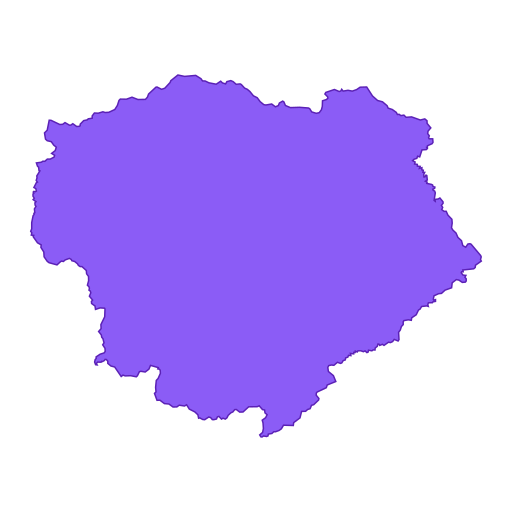 San Sebastián De Mariquita, Tolima, Colombia (orthographic projection)
{"feature_id": "7082276B37284243870531", "entity_name": "San Sebastián De Mariquita", "entity_type": "district", "adm_level": 2, "iso_a3": "COL", "parent_name": "Colombia", "parent_adm1": "Tolima", "projection": "orthographic", "projection_center": [-74.901, 5.227], "detail": "fine", "context": "isolated", "style": "filled", "palette": "violet", "viewbox_px": 512, "rotation_deg": 0, "n_neighbors": 0, "source": "geoboundaries", "source_scale": "gbopen_adm2", "svg_char_len": 5963}
<svg xmlns="http://www.w3.org/2000/svg" viewBox="0 0 512 512"><path d="M49.2,120.2L47.2,130.2L44.5,132.9L45.5,139.1L47.2,140.7L51.3,141.7L53.7,145.1L56.3,147.2L55.2,150.6L51.6,153.4L54.6,155.3L54.1,157.1L50.2,159.1L47.3,159.1L44.8,161.3L42.8,161.2L41.4,162.2L36.4,162.9L37.5,166.2L38.6,167.2L39.0,170.6L39.9,170.9L36.8,175.9L37.0,177.9L36.2,180.4L37.4,182.1L36.4,182.6L33.9,187.5L35.8,188.6L36.4,191.1L35.3,191.7L33.8,191.4L33.2,192.1L33.8,193.3L33.0,194.0L33.0,196.2L34.3,198.2L33.1,199.6L36.0,201.7L34.9,202.9L35.1,205.1L36.0,206.4L34.4,208.9L34.8,212.7L33.9,213.3L34.1,214.4L33.1,215.7L31.7,222.6L31.7,228.9L30.7,231.3L31.8,232.8L31.3,235.1L33.7,235.4L33.2,236.7L37.5,242.8L41.2,244.9L40.9,247.4L43.8,252.0L44.1,256.8L47.2,261.3L49.0,262.7L57.0,264.9L60.6,261.6L61.6,261.1L63.4,261.5L65.2,259.9L69.4,258.4L71.3,259.5L71.8,260.7L74.7,261.5L77.5,263.8L78.4,265.4L80.2,266.6L82.0,266.6L86.3,270.5L86.6,273.8L88.5,276.4L88.6,280.8L87.4,285.2L88.9,286.7L89.4,288.1L89.0,290.2L90.3,291.1L90.8,292.8L89.4,296.2L92.6,300.1L91.4,301.4L91.6,303.5L95.0,306.0L95.5,309.4L100.1,307.9L104.6,308.2L105.0,309.1L104.7,316.8L100.9,324.6L101.1,328.6L98.6,331.5L101.3,334.9L101.7,337.2L102.9,338.6L104.0,342.8L102.7,344.8L105.0,348.3L105.2,351.4L104.1,352.9L100.1,354.2L96.1,356.9L96.2,358.5L95.2,359.5L94.6,362.0L95.6,364.7L97.1,364.9L96.3,363.5L97.7,362.1L101.1,362.2L101.5,361.4L102.4,361.6L104.4,360.5L105.1,359.4L106.3,359.5L107.8,361.2L107.8,363.4L110.9,366.0L114.7,367.0L121.2,376.5L123.0,375.1L125.1,375.9L130.7,375.7L136.3,376.8L137.4,375.8L139.4,371.7L140.9,371.3L145.2,372.0L148.9,369.2L150.5,365.4L158.3,367.6L157.8,368.9L159.4,369.2L160.2,370.3L160.4,373.3L158.1,378.5L156.3,380.4L155.6,387.4L156.0,391.9L154.5,393.4L157.0,400.3L159.9,400.2L164.4,403.6L168.9,404.0L173.0,407.0L176.9,406.9L179.2,405.2L184.5,406.0L186.6,404.8L189.3,409.1L194.8,411.9L197.9,414.8L198.6,418.2L199.8,417.9L202.7,419.5L204.7,419.7L208.8,417.0L210.6,417.6L212.3,419.6L213.8,419.7L216.5,419.0L217.4,416.9L218.9,416.4L221.5,419.1L223.0,418.2L225.3,419.1L226.9,417.9L228.2,415.3L230.9,412.8L232.9,411.9L234.7,409.6L236.3,409.5L239.7,412.1L243.0,412.0L248.7,406.8L257.2,406.7L259.2,405.8L262.5,409.6L264.6,410.0L265.0,412.9L267.1,414.7L265.6,417.7L262.2,420.2L263.0,422.8L263.4,428.5L262.6,432.4L259.7,434.9L260.8,436.8L262.0,437.0L263.6,436.0L266.6,436.5L268.0,435.9L268.3,434.1L271.9,433.5L273.8,431.7L275.4,431.8L279.0,430.5L281.4,428.8L283.5,425.2L293.3,425.5L293.7,422.6L300.0,417.9L301.6,411.4L305.6,411.3L307.6,409.5L310.1,408.7L311.5,405.3L313.7,404.7L318.6,400.0L318.9,398.5L316.2,395.2L316.3,393.1L317.2,392.0L326.3,387.7L327.2,385.0L335.8,381.5L333.4,375.6L328.4,371.5L327.8,367.4L328.7,365.6L331.4,365.0L333.9,365.3L337.4,362.3L340.5,363.4L341.8,362.9L343.2,360.6L345.3,359.9L345.6,357.9L347.8,357.2L348.5,355.4L350.9,355.6L350.4,353.4L353.7,353.9L353.8,352.4L355.1,352.5L355.3,351.1L357.2,352.0L358.0,350.8L360.9,350.8L363.4,351.7L365.0,350.9L366.9,352.6L368.1,352.1L368.5,350.2L371.9,350.8L373.2,349.9L375.0,350.0L375.2,348.0L377.3,346.3L378.0,344.0L379.2,344.3L379.7,345.4L382.4,344.3L384.0,345.4L388.5,342.2L390.4,342.6L392.6,341.6L394.2,339.4L398.1,341.0L399.0,339.6L398.6,332.3L400.3,330.0L401.4,326.5L403.2,324.6L403.2,321.8L403.9,320.6L408.3,319.8L411.3,320.3L411.7,317.8L416.2,314.8L418.5,310.0L420.0,309.2L421.6,306.5L426.8,305.9L428.3,306.4L427.8,304.7L428.4,302.8L432.4,302.7L433.0,301.8L435.5,301.4L435.5,299.6L433.8,300.1L433.3,299.3L434.0,295.8L438.6,293.7L441.5,293.4L445.1,290.1L451.6,287.8L452.2,282.8L456.3,279.6L458.9,280.1L462.3,282.4L465.4,282.1L466.2,281.0L466.2,278.8L464.9,277.2L465.9,275.4L463.1,275.1L461.2,272.8L461.6,271.8L463.2,271.8L462.8,270.0L473.7,268.8L475.2,267.5L475.5,265.2L481.3,261.1L480.5,259.6L481.2,256.9L480.7,255.6L471.1,244.2L469.9,243.7L467.9,244.0L465.7,247.2L462.8,245.6L461.5,240.7L457.9,237.4L456.0,233.0L452.9,230.1L451.5,227.8L452.2,223.1L451.9,219.3L447.9,215.1L446.2,211.3L444.0,211.3L441.7,209.6L442.7,207.4L441.4,205.4L443.1,203.2L443.0,201.8L439.9,198.0L438.1,199.0L435.0,199.4L435.2,201.2L434.1,200.4L435.3,192.9L434.7,191.1L433.2,190.3L432.8,189.2L434.6,188.4L434.9,187.1L433.0,186.5L432.6,185.0L431.5,184.4L426.8,183.4L427.1,182.1L425.4,181.2L427.3,180.0L426.8,175.5L426.0,175.1L424.9,176.9L423.9,176.9L423.8,174.1L424.7,172.4L422.9,172.3L423.3,170.2L421.8,169.8L421.9,167.7L419.4,168.4L420.2,166.4L417.4,166.2L417.3,164.4L414.6,164.0L415.1,162.0L412.6,160.7L414.1,159.2L416.8,158.4L417.6,156.2L419.7,156.9L422.0,149.9L426.3,149.6L427.4,148.5L426.7,147.4L427.4,147.3L427.4,145.8L432.1,143.7L433.0,142.3L432.7,138.8L429.2,138.8L428.6,137.8L429.3,135.8L427.7,133.6L428.0,131.2L430.8,127.9L427.1,123.4L427.0,120.7L424.8,118.9L420.3,120.0L411.6,116.9L406.1,117.3L403.9,115.1L400.9,115.6L399.1,114.3L397.4,114.5L396.3,112.4L392.3,109.5L388.1,108.1L387.1,105.7L382.5,101.8L377.6,100.5L372.5,96.0L366.7,87.0L360.1,87.2L356.6,89.6L352.3,91.1L348.0,90.3L343.1,91.1L341.7,89.3L340.9,90.9L339.2,91.5L334.4,89.5L325.8,92.4L324.9,94.0L327.7,96.9L327.9,98.1L326.5,99.5L322.5,100.8L322.3,106.4L321.4,109.8L319.2,112.7L316.2,113.3L311.7,111.9L309.7,108.7L308.5,108.0L299.5,107.3L290.4,107.6L285.4,105.5L283.9,101.9L282.7,101.1L279.4,103.0L278.3,105.6L275.4,106.8L271.7,104.0L265.9,105.0L263.9,104.7L260.2,101.7L257.2,97.7L253.4,95.8L249.9,91.5L247.3,89.3L244.6,88.1L241.3,84.5L240.1,83.9L236.2,84.3L233.1,81.6L230.8,80.6L226.9,81.6L225.6,83.9L222.4,82.9L220.7,81.2L216.2,84.2L208.9,82.8L205.2,81.0L202.5,80.9L201.0,78.7L195.7,75.4L184.6,76.4L177.9,75.0L170.8,80.7L170.1,82.5L164.8,88.2L161.6,89.3L157.0,87.0L155.9,87.2L148.6,94.0L147.4,97.2L145.4,99.4L137.9,99.5L132.0,97.2L126.4,99.2L120.3,99.1L119.0,100.4L117.4,105.4L114.8,109.5L108.8,112.3L105.1,112.5L102.9,111.8L98.2,113.2L94.4,113.0L92.2,115.9L92.2,118.2L88.3,118.8L87.1,119.9L83.7,120.6L80.2,124.2L80.2,125.7L79.3,126.3L76.7,126.5L72.8,123.7L70.8,125.1L69.5,125.2L65.0,122.6L62.7,124.3L59.8,124.5L51.0,120.3L49.2,120.2Z" fill="#8b5cf6" stroke="#5b21b6" stroke-width="1.5"/></svg>